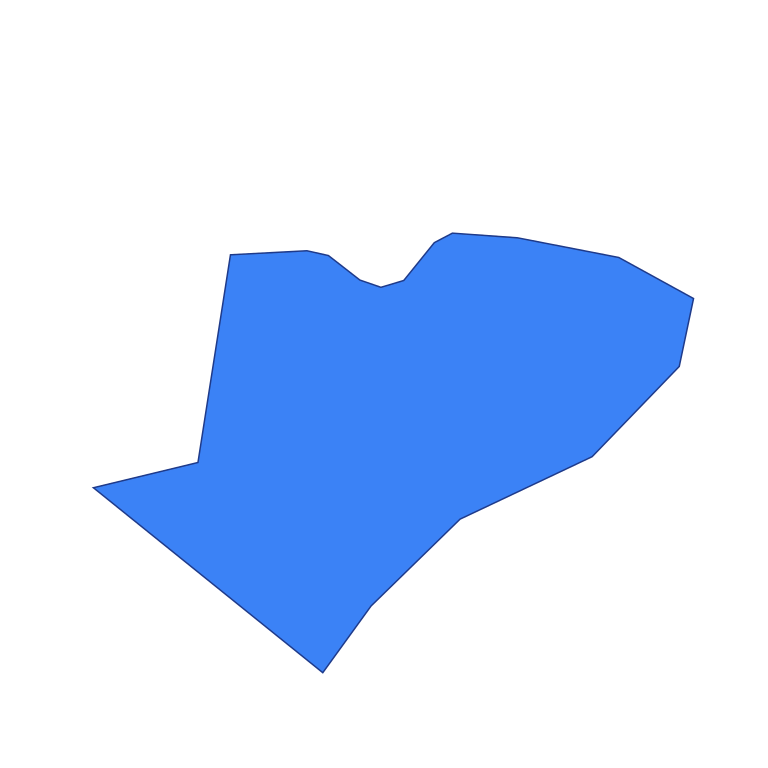 Vaisigano, Albers equal-area conic projection, rotated 134°
{"feature_id": "WSM-4992", "entity_name": "Vaisigano", "entity_type": "state/province", "adm_level": 1, "iso_a3": "WSM", "parent_name": "Samoa", "parent_adm1": "", "projection": "albers", "projection_center": [-172.717, -13.564], "detail": "fine", "context": "isolated", "style": "filled", "palette": "blue", "viewbox_px": 768, "rotation_deg": 134, "n_neighbors": 0, "source": "natural_earth", "source_scale": "10m", "svg_char_len": 399}
<svg xmlns="http://www.w3.org/2000/svg" viewBox="0 0 768 768"><g transform="rotate(134 384 384)"><path d="M397.7,584.2L341.7,532.0L330.2,513.2L326.0,473.6L316.6,453.4L295.8,441.7L247.3,446.0L228.0,439.6L186.1,389.5L129.9,303.0L107.5,220.7L166.3,183.8L291.7,183.8L428.3,235.4L552.7,239.1L634.2,227.5L660.5,521.0L569.7,463.3L397.7,584.2Z" fill="#3b82f6" stroke="#1e3a8a" stroke-width="1.5"/></g></svg>